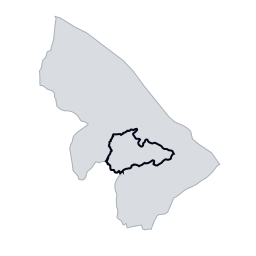 Bong highlighted on a map of Liberia, rotated 189°
{"feature_id": "LBR-784", "entity_name": "Bong", "entity_type": "County", "adm_level": 1, "iso_a3": "LBR", "parent_name": "Liberia", "parent_adm1": "", "projection": "mercator", "projection_center": [-9.669, 6.93], "detail": "fine", "context": "in_parent", "style": "outline", "palette": "ink", "viewbox_px": 256, "rotation_deg": 189, "n_neighbors": 0, "source": "natural_earth", "source_scale": "10m", "svg_char_len": 5719}
<svg xmlns="http://www.w3.org/2000/svg" viewBox="0 0 256 256"><g transform="rotate(189 128 128)"><path d="M31.7,106.4L34.2,104.3L37.8,97.5L42.9,91.0L47.7,87.1L51.5,83.1L55.5,80.1L61.2,76.5L70.0,67.2L72.0,66.1L73.4,59.6L75.6,51.3L78.2,48.8L84.1,47.2L85.5,45.8L87.6,40.0L89.0,33.2L89.1,31.7L91.5,31.5L95.5,30.1L97.8,30.7L98.8,32.7L99.4,34.3L111.5,30.1L112.6,29.2L113.3,29.4L114.8,33.2L115.7,32.9L116.4,31.8L117.2,31.7L118.2,32.2L119.1,34.0L120.7,35.6L123.3,36.7L125.0,38.3L124.8,42.4L125.4,46.3L126.6,47.3L127.2,49.6L127.5,52.2L128.1,53.6L128.6,56.2L128.3,59.0L128.8,61.0L130.8,64.4L132.0,68.7L132.0,71.7L131.3,74.9L130.0,77.9L127.7,81.1L127.5,82.3L128.9,83.1L130.9,83.3L132.6,82.7L136.9,84.1L139.2,86.2L141.2,88.8L143.0,90.1L143.8,91.8L146.8,91.3L150.4,89.7L151.1,89.0L152.2,89.4L154.4,89.6L156.0,86.7L157.3,83.5L160.1,79.9L161.5,78.5L161.8,76.3L162.0,73.4L163.0,70.8L165.2,69.4L167.7,69.5L169.0,70.0L169.7,72.4L171.7,74.3L173.4,75.6L174.3,76.1L175.7,77.6L177.0,82.5L182.3,98.5L182.0,102.9L180.9,105.8L180.9,108.6L180.6,111.3L177.3,115.9L167.9,125.2L168.6,126.0L170.9,127.1L173.2,127.6L175.1,127.4L177.4,129.7L180.0,132.6L182.7,134.1L186.6,135.5L190.0,135.6L192.9,135.1L197.0,135.7L201.4,138.1L202.9,142.1L204.0,145.6L205.5,147.3L205.7,150.3L208.8,153.0L213.2,153.5L219.0,156.6L220.4,156.5L221.0,156.1L221.7,156.7L223.2,165.6L224.3,170.3L223.7,172.3L222.9,173.8L222.9,181.0L220.3,185.1L219.9,189.7L219.1,191.2L216.4,192.5L216.4,196.0L215.6,200.2L215.3,204.7L216.1,216.4L216.2,225.1L217.5,226.8L212.1,226.1L196.2,219.4L184.0,215.6L143.1,193.7L131.7,184.9L118.6,171.9L89.4,145.5L82.8,141.3L74.4,139.2L69.2,137.0L65.6,134.5L62.6,127.2L55.3,122.9L41.8,116.7L31.7,106.4Z" fill="#d9dde1" stroke="#a8b0b8" stroke-width="1"/><path d="M126.4,84.3L126.5,84.4L126.8,84.2L128.2,82.8L128.7,82.1L129.6,83.7L130.2,84.1L130.9,83.1L131.2,83.0L131.4,82.8L131.5,82.3L131.7,82.2L132.1,82.1L132.9,82.1L133.6,82.1L133.9,82.3L134.3,82.5L134.6,82.9L134.9,83.9L135.2,84.2L136.0,84.3L137.6,83.9L138.3,84.0L139.0,84.9L139.6,87.9L140.8,89.0L141.0,89.0L142.1,89.0L142.4,89.2L142.4,90.0L142.7,90.3L143.7,90.7L143.8,91.4L143.4,93.0L143.9,92.5L144.3,92.4L144.1,92.8L142.6,98.0L141.8,99.1L141.7,99.8L141.6,100.3L141.4,100.9L141.4,101.3L141.4,102.0L141.2,102.1L140.5,102.9L140.5,103.1L140.8,103.5L141.0,103.8L141.2,104.0L141.6,104.2L141.8,104.4L141.9,104.6L142.0,105.0L142.3,105.4L142.5,105.6L142.6,106.1L142.7,106.3L142.9,106.4L143.1,106.4L143.3,106.5L143.5,106.6L143.7,107.0L144.1,107.4L144.1,107.7L143.9,109.1L143.8,109.6L143.9,110.0L144.1,111.0L144.1,111.4L143.9,111.6L143.6,111.9L143.4,112.0L143.2,112.2L143.0,112.4L142.9,112.6L142.9,112.9L143.1,113.0L143.2,113.3L143.2,113.6L143.1,113.8L142.8,114.1L142.7,114.3L142.6,114.6L142.5,114.8L142.2,115.2L142.2,115.5L142.2,115.8L142.1,116.5L141.9,116.7L141.8,117.0L141.4,117.4L141.4,117.7L141.8,118.2L141.8,118.6L141.5,119.3L141.3,119.5L141.1,119.6L140.6,119.6L140.1,119.7L139.3,119.7L134.9,120.8L134.3,120.7L134.1,120.3L133.8,120.1L133.6,120.2L133.5,120.4L133.2,120.7L132.5,121.2L132.2,121.4L132.1,121.7L132.1,121.9L132.0,122.2L131.8,122.4L131.4,122.7L131.1,122.8L130.7,122.8L129.6,123.7L128.9,124.2L128.6,124.6L128.3,125.2L128.1,125.2L127.8,125.1L127.4,125.1L127.2,125.1L126.9,125.3L126.7,125.5L126.2,125.5L125.9,125.5L125.7,125.8L125.6,126.0L125.3,126.5L125.1,126.8L124.9,126.9L124.7,127.0L124.2,126.9L123.6,127.0L123.4,127.0L122.8,126.8L122.5,126.7L122.2,126.8L121.4,127.6L120.1,128.3L119.5,128.5L119.2,128.5L119.0,128.3L118.9,128.2L118.8,127.8L118.8,127.6L118.9,127.3L118.9,127.1L119.4,126.3L120.6,124.8L121.2,124.2L121.8,123.5L121.9,123.3L122.0,123.2L122.0,122.8L122.0,122.6L121.9,122.4L121.7,122.1L121.5,121.8L120.4,120.8L119.2,119.3L118.9,119.1L118.7,118.9L118.2,118.7L117.9,118.7L117.7,118.7L115.2,119.0L114.9,118.9L114.7,118.8L114.6,118.7L114.3,118.4L115.3,116.3L115.5,115.6L115.5,115.3L115.5,115.0L115.4,114.5L115.3,114.2L115.2,114.0L115.1,113.7L114.9,113.5L114.6,113.2L114.0,112.7L113.2,112.2L112.8,112.0L112.4,111.9L112.0,111.8L111.8,111.8L111.6,111.8L111.4,111.9L111.3,112.0L110.9,112.3L110.7,112.7L110.6,112.9L110.5,113.1L110.5,113.3L110.4,113.5L110.4,113.9L110.6,115.0L110.5,115.4L110.4,115.6L109.7,116.2L109.6,116.4L109.4,116.7L109.2,117.1L109.2,117.5L109.1,118.2L109.0,118.7L108.9,118.9L108.7,119.1L108.5,119.3L107.9,119.5L107.6,119.6L107.4,119.6L107.2,119.5L107.0,119.4L106.7,119.0L105.9,117.9L105.7,117.7L105.4,117.5L105.2,117.4L104.2,117.0L102.2,116.6L101.7,116.5L101.0,116.8L100.0,117.3L99.3,117.5L99.0,117.6L98.6,117.5L92.8,115.6L92.4,115.4L92.0,115.1L91.6,114.8L90.8,114.0L90.6,113.8L90.3,113.6L89.6,113.2L89.2,113.1L88.9,113.0L88.2,113.1L87.2,113.2L85.7,113.2L84.9,112.6L84.4,112.4L84.2,112.4L83.8,112.5L83.3,112.5L81.3,112.4L80.8,112.2L80.3,111.9L80.1,111.5L78.7,109.7L79.4,109.4L79.7,109.1L80.4,107.8L80.8,106.3L80.9,105.5L81.0,104.4L81.1,104.1L81.4,103.9L81.9,103.6L83.4,102.9L83.8,102.8L84.0,102.8L85.2,103.0L85.5,103.0L85.9,102.9L86.2,102.8L86.6,102.5L88.1,101.0L88.8,100.0L89.3,99.1L89.5,98.8L92.6,96.3L93.0,95.8L93.1,95.7L93.6,95.5L94.8,95.5L96.5,95.9L97.1,96.2L97.2,96.3L97.2,96.5L97.2,96.8L96.8,97.1L96.7,97.3L96.7,97.5L96.8,97.6L96.9,97.8L97.0,97.9L97.1,98.4L97.2,98.6L97.3,99.1L97.3,99.3L97.2,99.4L97.1,99.5L97.3,99.7L97.9,100.0L98.6,99.9L99.4,99.3L100.9,97.8L102.6,96.6L103.6,96.2L104.7,95.9L105.0,95.8L105.3,95.8L105.6,95.9L105.8,96.0L106.1,96.1L106.3,95.9L106.6,95.6L106.8,95.5L107.1,95.3L108.0,94.2L108.7,93.6L110.5,92.6L111.1,92.0L112.5,92.6L113.2,92.8L114.9,93.0L115.2,93.0L115.7,92.9L116.0,92.7L116.8,92.2L117.3,92.0L117.3,92.3L117.9,91.9L118.5,91.3L118.8,90.5L118.6,90.0L118.8,89.4L119.2,88.9L119.7,88.5L121.0,88.3L121.9,87.8L122.9,87.6L123.7,87.3L125.5,86.1L126.6,84.8L126.5,84.7L126.4,84.3L126.4,84.3Z" fill="none" stroke="#020617" stroke-width="2"/></g></svg>